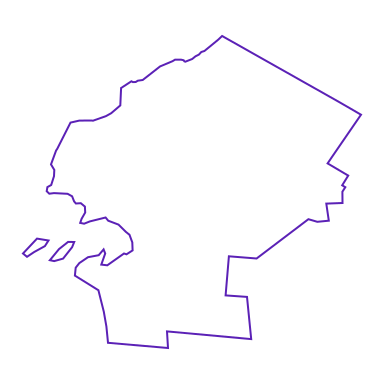 outline of Jefferson, New York, United States of America
{"feature_id": "52423323B83261755629665", "entity_name": "Jefferson", "entity_type": "district", "adm_level": 2, "iso_a3": "USA", "parent_name": "United States of America", "parent_adm1": "New York", "projection": "natural_earth1", "projection_center": [-76.104, 44.036], "detail": "fine", "context": "isolated", "style": "outline", "palette": "violet", "viewbox_px": 384, "rotation_deg": 0, "n_neighbors": 0, "source": "geoboundaries", "source_scale": "gbopen_adm2", "svg_char_len": 1369}
<svg xmlns="http://www.w3.org/2000/svg" viewBox="0 0 384 384"><path d="M361.0,114.7L339.6,102.3L222.1,36.0L218.3,39.6L204.4,51.0L201.3,52.0L198.9,54.6L195.5,56.3L192.2,59.0L185.3,61.7L184.3,61.3L183.7,60.3L182.6,60.0L181.2,59.7L175.0,59.7L172.5,61.2L160.1,66.4L142.7,80.0L137.8,80.7L135.7,82.0L132.9,82.1L131.4,81.3L121.1,88.0L120.3,105.4L111.2,113.2L106.0,116.1L93.0,120.7L91.6,120.5L79.3,120.6L70.5,122.6L57.2,148.9L56.1,150.5L51.0,164.4L54.3,169.9L54.0,176.2L51.2,185.0L47.4,187.1L46.7,191.2L49.3,193.7L54.0,193.1L67.6,193.8L72.1,196.3L74.1,201.4L75.9,203.5L80.8,203.2L84.9,206.6L85.2,212.5L81.6,218.8L80.2,222.9L84.1,223.7L89.9,221.4L105.6,217.5L108.2,220.7L118.5,224.6L125.9,231.9L129.5,234.8L132.3,242.4L132.5,247.9L132.6,250.4L126.5,254.3L124.0,253.5L107.3,265.3L101.3,264.6L105.2,253.5L103.6,249.4L98.7,255.2L88.0,257.2L79.3,263.1L75.7,267.7L74.9,275.6L96.4,289.0L98.4,290.2L103.8,311.7L106.4,326.5L108.0,342.8L168.0,348.0L167.0,331.4L251.2,339.1L247.0,296.9L225.6,295.4L228.9,256.3L256.6,258.5L308.4,219.2L317.3,221.8L328.8,220.7L326.3,203.6L342.5,203.0L342.4,191.7L345.3,187.2L342.2,185.3L348.2,175.6L327.6,163.4L331.8,157.2L361.0,114.7ZM49.9,260.2L54.2,261.1L63.1,258.6L72.1,247.2L74.2,242.0L68.1,241.9L59.0,249.1L49.9,260.2ZM23.0,253.5L27.0,256.8L34.2,252.0L44.9,246.1L48.5,240.5L37.0,238.6L23.0,253.5Z" fill="none" stroke="#5b21b6" stroke-width="2"/></svg>